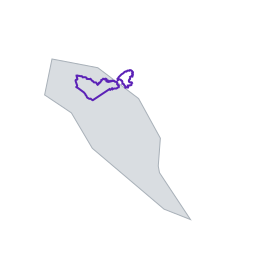 Ngatpang, Aimeliik, Palau shown in context, rotated 121°
{"feature_id": "81905179B51358963868347", "entity_name": "Ngatpang", "entity_type": "district", "adm_level": 2, "iso_a3": "PLW", "parent_name": "Palau", "parent_adm1": "Aimeliik", "projection": "mercator", "projection_center": [134.507, 7.458], "detail": "fine", "context": "in_parent", "style": "outline", "palette": "violet", "viewbox_px": 256, "rotation_deg": 121, "n_neighbors": 0, "source": "geoboundaries", "source_scale": "gbopen_adm2", "svg_char_len": 4603}
<svg xmlns="http://www.w3.org/2000/svg" viewBox="0 0 256 256"><g transform="rotate(121 128 128)"><path d="M142.6,216.5L108.0,228.7L91.9,184.9L97.3,134.1L120.1,95.0L145.0,82.5L150.1,78.0L174.3,27.3L179.0,55.3L163.8,148.1L144.2,184.3L142.6,216.5Z" fill="#d9dde1" stroke="#a8b0b8" stroke-width="1"/><path d="M98.6,174.7L99.0,174.7L99.7,174.9L100.5,175.5L100.8,175.1L101.1,175.1L101.5,175.2L102.2,175.4L102.8,175.3L103.2,175.2L103.8,175.7L103.9,176.0L104.2,176.1L104.6,175.8L105.1,176.1L105.8,175.9L106.1,176.1L106.6,176.3L106.5,176.8L105.6,178.3L105.5,178.6L105.5,179.0L106.3,180.4L106.4,180.6L106.4,181.0L106.3,181.3L106.0,181.8L106.0,182.0L105.9,182.4L106.0,183.0L106.0,183.3L105.9,183.5L105.6,184.2L105.4,184.6L105.2,185.5L105.7,185.8L107.0,188.3L107.1,188.7L106.4,189.3L106.3,189.9L106.5,190.9L107.9,193.0L107.4,193.7L107.4,194.4L107.9,195.1L108.1,195.6L108.6,197.1L108.9,197.4L109.1,198.5L109.6,199.1L109.9,198.9L112.1,196.6L112.4,196.5L112.7,196.6L112.9,196.7L113.1,197.1L113.5,197.4L114.1,197.5L115.0,196.8L117.5,193.8L118.0,193.3L118.7,193.2L119.5,193.4L119.6,193.1L119.5,191.7L120.2,184.1L121.0,181.9L121.5,181.4L121.6,181.0L121.7,180.6L121.9,180.2L122.7,179.1L122.9,178.7L123.0,178.3L122.9,177.6L123.0,176.9L122.7,175.8L122.3,175.4L122.1,175.1L122.2,174.7L122.3,174.0L122.4,173.5L122.3,172.5L104.2,163.9L104.3,163.7L104.4,163.2L104.5,163.1L104.5,162.9L104.4,162.8L104.0,162.7L103.6,162.5L103.4,162.4L102.6,162.4L102.4,162.3L102.2,162.1L102.5,161.8L102.5,161.7L102.9,161.4L102.9,161.2L102.5,161.1L101.9,160.7L101.4,160.3L100.8,159.4L100.2,158.4L99.9,158.1L99.4,157.9L98.9,157.8L98.6,157.6L98.3,157.4L97.9,156.9L97.7,156.9L97.5,157.0L97.1,157.4L96.8,157.5L96.7,157.5L96.3,157.7L96.2,157.9L96.2,158.0L96.2,158.5L96.3,158.5L96.2,158.7L96.3,159.0L96.1,159.2L96.1,159.4L96.0,159.6L95.9,159.7L95.9,159.8L95.9,160.0L95.7,160.1L95.3,160.3L95.1,160.4L94.7,160.6L94.6,160.9L94.4,161.0L94.3,161.4L94.9,162.6L95.0,162.8L95.0,163.2L94.8,164.0L94.8,164.3L95.3,164.8L95.5,165.1L95.6,165.4L95.5,165.9L95.5,166.0L96.1,166.3L96.5,166.3L96.8,166.7L96.8,167.0L96.8,167.3L97.4,167.3L97.5,167.3L97.9,167.7L97.9,168.1L97.8,168.3L98.5,168.5L98.5,169.0L98.4,169.2L98.3,169.3L98.9,169.4L99.0,169.5L98.9,169.8L98.8,170.0L99.0,170.6L98.9,170.7L98.8,170.8L98.7,170.9L98.4,170.7L98.3,170.9L97.9,170.9L97.6,171.0L97.5,171.3L97.6,171.7L97.6,171.8L97.5,172.0L97.2,172.0L97.2,172.3L97.6,172.3L97.8,172.4L97.9,172.8L98.0,173.0L98.3,173.1L98.2,173.7L98.5,173.9L98.5,174.0L98.5,174.5L98.6,174.7ZM92.1,161.5L91.9,161.4L92.0,161.4L92.0,161.2L91.9,161.2L91.7,161.3L91.8,161.4L91.7,161.6L91.6,161.4L91.5,161.2L91.3,161.1L91.2,161.0L91.0,160.9L90.9,160.7L90.7,160.4L90.7,160.0L90.6,159.5L90.4,159.2L90.5,158.8L90.6,158.7L90.6,158.3L90.7,158.1L90.7,157.8L90.8,157.8L90.8,157.6L90.9,157.3L91.0,156.9L91.3,156.6L91.7,156.4L92.1,156.1L92.5,155.8L92.6,155.7L92.9,155.6L92.8,155.4L92.6,154.8L92.7,154.5L92.6,154.2L92.9,153.7L93.2,153.4L93.3,153.3L93.3,153.0L93.4,152.9L93.5,152.7L93.5,152.4L93.6,152.2L93.6,151.9L93.7,151.7L93.8,151.6L93.9,151.4L94.0,151.4L94.3,151.3L94.6,151.3L94.8,151.2L94.8,150.9L94.7,150.7L94.2,150.4L93.8,150.3L93.7,150.2L93.5,149.8L93.4,149.4L93.5,149.2L93.4,149.0L93.3,148.8L93.2,148.8L92.9,149.0L92.7,149.0L92.6,149.3L92.3,149.6L92.1,149.7L91.9,149.8L91.7,150.0L91.4,149.6L91.3,149.4L91.1,149.1L90.7,148.8L90.4,148.3L90.4,148.2L90.1,147.9L89.9,147.6L89.6,147.4L89.3,147.3L89.2,147.4L88.8,147.5L88.7,147.6L88.3,147.8L87.5,147.8L87.3,147.7L87.1,148.0L87.0,148.3L87.1,148.5L87.2,148.9L87.3,149.0L87.8,149.9L87.9,150.0L87.9,150.3L87.9,150.6L87.7,151.1L87.2,151.5L86.9,151.7L86.5,151.8L86.3,151.8L86.0,151.8L85.8,151.6L85.6,151.6L85.3,151.5L85.0,151.5L84.9,151.5L84.5,151.7L84.3,151.9L84.4,152.0L84.2,152.3L84.0,152.5L84.0,152.8L84.0,152.7L83.9,152.6L83.6,152.6L83.6,152.4L83.4,152.3L83.0,152.2L82.9,152.1L82.6,151.9L82.4,152.0L82.2,151.8L81.9,151.7L81.6,151.6L81.4,151.5L81.6,151.3L81.5,151.2L81.5,150.8L81.1,150.9L79.9,151.2L79.9,151.6L80.0,151.7L79.9,151.7L79.9,151.8L79.7,152.0L79.7,151.9L79.3,152.2L79.2,152.3L78.9,152.2L78.6,152.1L78.2,152.1L77.9,152.4L77.8,152.6L77.7,152.6L77.5,152.8L77.6,153.1L77.5,153.3L77.4,153.3L77.2,153.6L77.1,153.9L77.1,154.1L77.2,154.3L77.1,154.6L77.0,154.8L77.0,155.0L77.0,155.3L77.2,155.7L77.3,155.7L77.4,155.8L77.4,156.2L77.7,156.4L77.9,156.4L78.0,156.4L78.2,156.6L78.3,156.6L78.3,156.8L78.4,157.0L78.6,157.2L78.7,157.4L78.9,157.8L79.2,158.1L79.5,158.2L80.0,158.2L80.4,158.4L80.5,158.5L80.7,159.0L80.8,159.0L80.9,159.3L81.0,159.5L80.9,159.5L81.0,159.7L80.9,159.7L83.4,160.2L85.3,161.2L89.0,162.1L89.7,162.2L91.3,162.0L92.1,161.5Z" fill="none" stroke="#5b21b6" stroke-width="2"/></g></svg>